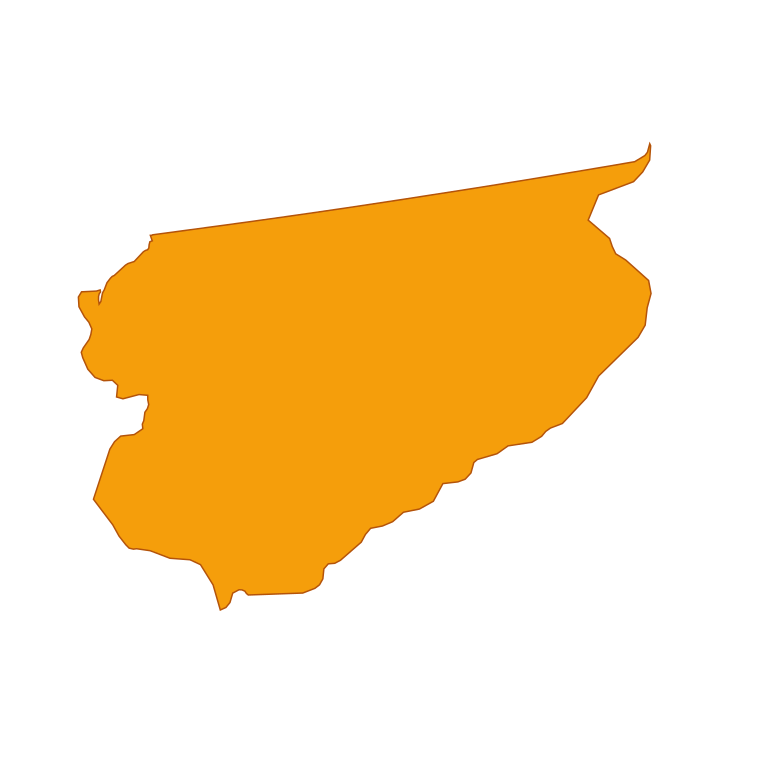 map outline of Warmian-Masurian (Albers equal-area conic projection), rotated 349°
{"feature_id": "POL-3139", "entity_name": "Warmian-Masurian", "entity_type": "Voivodeship", "adm_level": 1, "iso_a3": "POL", "parent_name": "Poland", "parent_adm1": "", "projection": "albers", "projection_center": [20.397, 53.764], "detail": "fine", "context": "isolated", "style": "filled", "palette": "amber", "viewbox_px": 768, "rotation_deg": 349, "n_neighbors": 0, "source": "natural_earth", "source_scale": "10m", "svg_char_len": 1866}
<svg xmlns="http://www.w3.org/2000/svg" viewBox="0 0 768 768"><g transform="rotate(349 384 384)"><path d="M683.7,209.5L686.8,206.8L690.7,198.9L691.2,201.0L687.5,214.9L678.4,225.2L667.6,233.0L630.7,239.3L615.7,262.1L633.2,284.2L634.3,292.6L636.3,300.4L645.0,308.5L663.5,332.9L663.4,346.1L656.9,359.4L651.6,376.1L642.3,386.7L596.2,417.1L580.3,436.1L551.6,456.8L539.0,459.0L533.7,461.4L528.8,465.4L518.2,469.4L494.0,468.4L481.7,474.0L461.3,475.9L457.2,478.2L452.4,487.9L445.6,492.9L437.9,494.2L422.8,493.0L410.1,508.5L394.9,513.5L378.6,513.6L366.2,520.8L355.4,523.1L343.3,523.1L337.1,528.1L331.5,534.9L307.7,548.7L301.5,550.6L295.0,549.9L289.7,554.0L286.8,563.6L282.4,568.8L277.2,571.4L264.4,573.7L210.5,565.2L209.0,563.4L207.9,560.8L205.3,559.0L202.4,558.3L195.6,560.4L191.1,569.1L186.2,573.2L180.2,574.6L177.9,548.6L169.4,526.3L160.0,519.5L140.6,514.2L122.6,503.0L109.7,498.5L106.5,498.3L102.5,496.5L99.9,492.6L94.9,482.8L90.9,470.5L76.8,441.7L102.5,395.6L108.5,389.2L115.6,384.9L129.2,386.0L138.7,381.9L139.1,377.3L141.2,374.2L143.9,366.1L147.0,363.1L149.1,359.3L149.1,354.6L149.9,350.0L141.5,347.6L124.9,348.7L119.0,345.7L122.4,334.5L118.1,328.5L109.6,327.3L101.6,322.4L96.1,313.0L93.3,300.7L92.9,295.1L95.7,291.2L103.1,284.0L105.7,279.4L107.7,274.2L106.1,267.1L102.8,261.0L99.3,250.0L100.6,240.3L104.7,235.8L119.4,237.9L123.3,237.5L123.3,239.6L121.7,241.0L120.5,243.6L119.8,247.0L119.6,251.2L121.8,249.0L124.9,241.3L126.1,239.6L127.1,238.6L131.4,231.7L135.7,227.9L137.8,226.5L139.9,226.0L152.9,218.0L155.7,216.9L162.2,216.1L173.0,208.3L175.3,207.4L177.6,207.1L179.1,205.6L180.0,202.5L181.3,199.7L183.9,199.2L183.6,197.9L183.2,194.8L183.0,193.5L184.8,193.7L185.4,193.4L219.6,195.4L283.6,199.1L331.4,201.6L379.2,203.9L438.5,206.4L510.3,209.1L556.4,210.6L602.6,211.9L641.3,212.9L672.5,213.6L683.7,209.5Z" fill="#f59e0b" stroke="#b45309" stroke-width="1.5"/></g></svg>